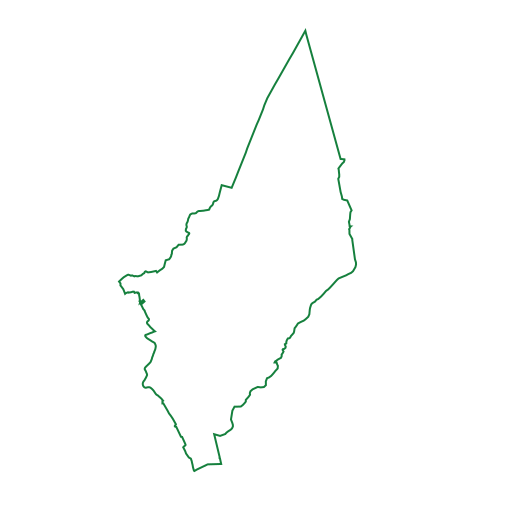 Ecatzingo, México, Mexico, rotated 310°
{"feature_id": "50627088B21817072647094", "entity_name": "Ecatzingo", "entity_type": "district", "adm_level": 2, "iso_a3": "MEX", "parent_name": "Mexico", "parent_adm1": "México", "projection": "orthographic", "projection_center": [-98.759, 18.968], "detail": "fine", "context": "isolated", "style": "outline", "palette": "green", "viewbox_px": 512, "rotation_deg": 310, "n_neighbors": 0, "source": "geoboundaries", "source_scale": "gbopen_adm2", "svg_char_len": 6035}
<svg xmlns="http://www.w3.org/2000/svg" viewBox="0 0 512 512"><g transform="rotate(310 256 256)"><path d="M51.7,347.0L54.5,348.0L65.3,352.9L74.3,363.0L77.7,358.6L77.6,358.4L77.7,358.0L78.0,357.7L78.5,357.5L92.6,338.5L95.1,344.1L99.9,346.9L101.6,346.9L103.9,347.4L106.1,348.1L107.4,348.4L108.7,348.4L110.5,347.9L111.7,346.9L112.8,345.3L114.7,341.9L122.4,337.3L126.8,336.4L130.2,340.4L131.1,341.2L133.6,341.7L135.8,341.8L137.4,341.8L138.0,341.7L139.2,340.7L139.7,340.7L142.5,340.8L143.6,340.8L145.9,340.6L147.0,339.4L148.8,338.7L151.7,339.1L156.8,341.5L158.4,344.1L160.7,346.3L163.4,346.6L166.3,344.1L169.5,343.0L171.2,344.0L173.9,344.7L176.3,344.8L178.5,344.8L180.2,344.7L183.7,344.9L185.9,343.4L186.6,341.8L187.6,340.3L186.4,338.7L187.6,338.4L188.9,338.9L190.5,339.2L194.1,340.6L195.9,340.0L196.9,339.0L199.2,338.8L200.5,338.5L201.2,336.7L201.9,336.5L202.9,337.3L204.5,337.6L205.6,337.1L206.0,336.4L206.5,335.3L207.0,334.8L207.5,335.0L208.5,335.4L209.6,334.5L211.1,333.8L213.3,333.4L214.3,334.3L215.3,334.6L217.3,334.2L219.2,334.3L221.4,334.3L222.7,333.7L225.5,332.0L226.8,332.0L229.2,331.8L231.2,331.5L233.5,332.4L235.1,333.1L237.1,334.1L239.3,334.6L243.0,335.1L245.7,334.3L247.4,333.1L249.6,331.6L251.0,330.8L253.4,329.8L254.5,329.4L256.2,329.5L258.9,330.5L261.5,330.5L263.0,331.3L264.3,331.5L266.8,331.9L270.5,332.1L272.8,332.1L274.1,332.1L275.9,332.5L276.3,332.7L279.2,333.0L283.9,333.2L287.3,333.3L289.7,333.4L291.9,333.7L295.6,335.6L297.3,336.5L299.2,337.5L301.1,338.2L302.4,338.8L304.3,339.7L306.7,340.1L311.4,339.3L313.8,338.1L315.4,336.6L317.1,333.9L330.3,319.3L330.9,318.9L333.0,313.4L336.0,310.8L336.4,310.1L338.4,309.8L339.2,309.4L339.6,309.5L339.0,308.6L340.3,307.2L341.9,305.2L344.6,304.2L348.6,301.3L350.3,300.2L352.4,299.9L357.2,290.2L355.6,287.3L355.1,285.4L356.9,283.4L359.4,279.7L368.0,269.4L370.1,268.9L371.8,267.5L373.7,265.5L375.2,264.0L376.0,262.9L379.8,262.7L382.4,262.6L384.4,262.9L386.3,262.2L386.9,261.6L384.7,258.4L458.0,152.1L460.3,149.0L435.9,153.7L428.2,155.0L406.0,159.1L399.6,160.2L384.2,163.2L376.8,165.5L372.9,167.1L361.9,170.7L357.3,172.0L332.8,180.1L328.5,181.8L309.6,188.0L303.1,190.2L292.6,193.5L288.2,184.2L281.2,187.5L278.2,189.0L275.8,189.9L274.8,190.2L273.7,190.2L272.6,189.9L271.7,189.2L271.0,188.8L270.2,188.8L269.4,189.0L268.5,189.5L267.6,189.8L266.6,189.9L265.2,189.6L263.9,189.6L263.0,189.8L262.1,190.0L261.6,190.3L261.4,190.3L261.0,190.1L260.7,189.8L260.2,189.4L259.7,189.0L258.6,188.0L257.6,187.2L256.9,186.6L255.8,185.5L254.5,184.2L253.7,183.3L253.1,182.9L252.2,182.6L251.4,182.5L250.7,182.5L250.2,182.4L249.0,181.5L248.3,180.7L247.8,180.0L247.2,179.6L245.7,179.0L245.1,179.0L244.2,179.3L243.5,179.5L242.7,179.8L241.6,180.0L241.1,180.1L239.3,181.1L238.1,181.6L237.1,181.8L236.5,181.9L235.6,182.3L235.1,182.7L234.7,183.1L234.4,183.6L233.8,184.3L233.2,184.6L232.4,184.8L231.6,185.0L230.7,185.6L230.2,186.0L230.0,186.8L230.1,187.6L230.2,188.3L230.4,189.1L230.6,189.7L230.6,190.1L230.5,190.3L229.8,190.6L228.6,190.6L227.8,190.8L227.0,190.6L226.4,190.7L225.5,191.1L225.1,191.6L224.6,192.0L223.9,192.5L223.0,192.9L219.9,193.3L219.0,193.2L217.7,192.6L217.1,192.0L214.9,189.5L211.6,189.5L208.6,188.0L206.2,188.3L204.1,189.7L203.7,190.1L202.4,190.4L201.8,190.9L200.5,191.3L200.0,191.4L197.7,191.6L194.7,189.6L191.5,191.1L188.5,192.6L186.0,192.4L183.5,191.6L181.8,191.2L179.8,190.8L180.3,189.0L176.4,186.0L174.0,183.8L173.4,181.4L172.8,181.1L172.4,181.0L171.0,181.4L169.5,180.8L167.5,180.6L164.5,178.6L162.9,176.2L162.2,175.9L161.5,173.5L160.5,172.9L160.4,172.3L160.2,171.8L159.6,170.2L159.2,169.9L158.0,169.4L154.6,168.3L153.2,168.1L152.7,168.0L148.4,167.5L147.9,169.8L146.3,171.1L146.2,171.7L146.1,172.2L145.3,175.6L144.3,177.5L142.9,180.0L143.7,180.1L145.8,181.2L145.9,181.8L146.5,182.0L146.8,182.7L147.5,183.2L148.1,183.7L149.4,184.5L150.2,185.4L150.1,185.8L149.7,186.7L151.1,187.7L152.0,188.8L151.6,189.3L152.2,189.7L152.0,190.5L151.6,191.0L150.9,191.6L149.7,193.1L148.7,194.2L147.3,195.7L147.1,196.1L146.5,195.9L146.2,196.9L145.6,197.2L149.9,197.9L149.5,199.8L144.9,199.1L144.1,201.1L142.9,203.7L142.6,205.8L142.2,206.2L140.5,209.7L139.6,211.7L139.2,212.7L139.1,213.4L139.0,214.1L138.8,214.6L138.0,215.1L137.2,215.2L136.3,214.9L135.8,214.9L135.4,215.1L135.0,215.2L134.7,215.5L134.3,216.1L134.2,216.8L134.0,218.8L133.6,220.8L133.5,222.9L133.3,225.8L133.3,227.0L132.5,226.5L131.7,226.1L130.4,225.5L129.2,224.7L127.8,224.0L126.6,223.4L125.5,222.8L124.7,222.2L124.2,222.1L123.8,222.3L123.5,222.6L123.3,223.1L123.2,223.6L123.1,224.4L123.0,225.2L123.1,226.3L123.3,227.7L123.6,230.0L123.7,231.2L123.9,232.1L124.1,233.1L124.2,234.0L124.2,234.3L124.0,234.8L123.4,236.0L123.1,236.5L122.6,237.1L122.1,237.5L120.9,238.2L120.0,238.7L118.9,239.1L118.0,239.4L117.2,239.6L116.8,239.9L115.8,240.2L115.2,240.3L114.1,240.8L113.6,241.0L112.5,241.4L111.7,241.6L110.7,242.1L110.1,242.4L109.5,242.6L108.2,243.0L107.4,243.3L106.2,243.4L105.4,243.3L104.5,243.3L103.3,243.1L102.5,243.1L101.4,242.9L100.6,242.9L99.7,242.8L98.8,242.9L98.3,243.1L97.9,243.4L97.5,243.9L97.4,244.5L97.1,245.2L96.9,245.7L96.1,247.1L95.8,247.8L95.4,248.4L94.9,249.0L94.2,249.3L93.4,249.5L92.7,249.7L91.9,249.9L90.9,250.1L90.0,250.2L89.0,250.5L88.2,250.4L87.4,250.5L86.6,250.7L85.7,251.1L85.1,251.6L84.6,252.1L84.1,252.9L83.8,253.7L83.7,254.3L83.7,254.9L83.8,255.4L84.1,256.1L84.5,256.5L85.3,257.0L86.1,257.7L86.8,258.5L87.2,259.4L87.3,260.0L87.3,260.8L87.3,261.9L87.1,263.7L86.8,264.9L86.4,266.2L86.1,267.2L85.8,268.5L85.9,269.6L86.1,270.5L86.0,271.8L86.0,273.1L85.9,275.3L85.4,277.8L84.7,277.6L82.9,279.1L83.5,279.8L81.6,285.1L80.6,287.9L79.5,290.5L78.8,293.6L77.8,297.0L76.7,299.9L75.6,302.8L74.7,302.9L74.3,302.9L73.5,303.1L73.4,303.4L73.3,303.7L73.4,304.0L73.7,304.4L73.9,304.7L69.3,314.7L69.9,315.7L67.4,320.9L66.8,322.1L66.4,322.9L66.0,323.5L65.5,323.5L64.9,323.5L63.7,323.2L62.7,323.2L61.6,325.8L60.9,327.4L59.7,329.4L59.4,330.6L58.6,333.6L58.5,334.4L58.6,334.9L58.8,335.7L58.9,336.2L58.7,336.8L58.1,337.6L57.7,338.4L56.5,339.9L55.2,341.7L53.6,343.6L51.7,346.4L51.7,347.0Z" fill="none" stroke="#15803d" stroke-width="2"/></g></svg>